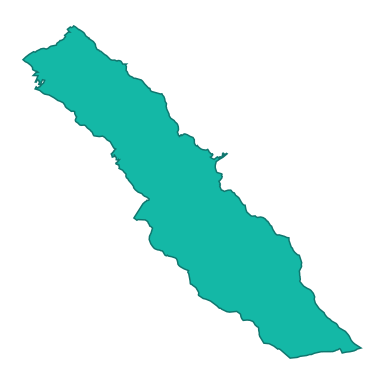 the district of Negomir, Gorj, Romania
{"feature_id": "2599482B59466565061735", "entity_name": "Negomir", "entity_type": "district", "adm_level": 2, "iso_a3": "ROU", "parent_name": "Romania", "parent_adm1": "Gorj", "projection": "albers", "projection_center": [23.194, 44.802], "detail": "fine", "context": "isolated", "style": "filled", "palette": "teal", "viewbox_px": 384, "rotation_deg": 0, "n_neighbors": 0, "source": "geoboundaries", "source_scale": "gbopen_adm2", "svg_char_len": 5892}
<svg xmlns="http://www.w3.org/2000/svg" viewBox="0 0 384 384"><path d="M361.0,348.0L354.6,343.9L352.7,342.2L351.1,340.2L349.3,336.3L348.2,334.7L345.4,331.4L339.5,328.0L338.5,327.1L337.5,325.1L336.3,323.6L331.8,321.1L329.9,319.2L327.8,317.9L326.6,316.8L324.8,314.4L324.1,312.7L319.3,308.8L315.3,303.1L314.2,299.1L314.7,296.9L313.3,293.3L311.0,290.5L309.7,289.5L307.1,288.3L303.6,286.1L299.8,281.4L299.7,281.0L300.2,280.0L300.3,279.1L300.0,277.8L300.1,276.9L299.7,275.7L299.6,273.0L299.3,271.1L301.4,266.9L301.6,266.2L301.3,264.7L301.7,262.7L299.3,255.3L297.4,254.7L294.8,252.4L293.2,250.3L292.4,248.2L291.2,247.0L289.0,240.5L288.9,237.8L286.8,237.5L284.5,236.4L279.3,234.9L277.2,235.0L276.2,234.4L275.1,233.2L272.8,229.4L271.6,226.2L270.4,225.4L267.9,221.5L267.3,221.4L266.7,220.4L266.1,220.1L265.2,218.9L263.1,217.6L260.6,217.0L257.4,217.5L256.0,216.8L255.2,215.9L252.1,216.2L250.8,215.7L246.8,212.0L245.9,209.5L245.1,205.2L243.9,205.1L242.8,204.2L241.5,202.5L239.0,198.0L237.5,196.6L235.7,195.4L234.3,192.9L233.0,192.5L231.9,191.6L231.2,190.4L230.4,190.1L228.0,190.2L224.2,191.4L222.5,190.3L221.4,190.1L219.7,186.3L220.2,185.8L219.7,184.7L220.3,184.1L218.9,181.2L219.7,180.7L221.7,178.2L222.2,176.5L221.5,175.8L222.0,174.2L221.3,173.7L217.3,172.6L216.6,172.0L215.5,168.7L215.2,167.3L215.3,165.2L216.2,161.6L219.6,159.2L222.9,157.3L227.1,153.8L226.5,153.4L224.8,154.7L224.3,154.5L224.0,153.7L223.1,153.1L222.5,154.0L223.3,154.7L223.3,155.4L222.6,155.2L222.3,155.5L222.2,156.0L222.5,156.6L221.8,157.2L220.3,156.8L219.5,157.0L219.4,158.0L219.0,158.2L217.8,157.1L217.6,157.3L217.2,157.0L214.1,159.4L211.4,158.0L210.4,157.1L211.5,156.5L212.1,155.8L212.8,154.8L212.7,154.4L212.3,153.8L211.4,154.0L210.9,153.7L208.8,151.5L208.7,150.8L207.7,149.4L206.5,150.0L205.7,150.1L202.5,149.6L200.9,148.9L199.0,147.5L197.5,145.8L197.4,146.2L197.2,146.2L195.6,145.4L194.4,143.2L194.3,139.7L193.0,137.5L190.1,136.4L187.2,134.7L184.8,133.9L183.6,134.2L181.9,135.6L181.3,134.8L181.0,134.8L180.0,136.0L179.4,136.4L179.2,135.6L178.4,135.2L178.0,133.5L177.3,132.0L178.1,130.8L178.5,129.5L178.3,126.8L177.7,124.9L177.0,123.6L175.2,122.0L174.1,120.5L170.7,118.2L169.2,115.8L169.0,114.0L166.6,108.8L166.5,107.6L166.1,106.7L166.5,103.6L165.1,101.4L164.7,98.8L163.8,96.5L162.6,95.2L161.9,93.8L160.6,94.0L151.7,91.5L150.5,90.6L149.9,88.5L149.6,88.2L148.8,88.3L148.3,87.8L144.6,83.9L142.6,81.2L141.3,80.0L135.5,78.3L133.6,78.2L132.6,77.2L129.7,75.9L128.1,74.1L127.3,71.9L126.1,70.5L126.4,66.5L125.5,64.9L126.4,64.1L122.8,64.1L121.1,61.4L119.8,60.7L118.1,60.5L117.4,60.9L116.5,60.9L114.8,60.1L112.2,60.2L110.5,59.6L106.5,55.6L104.7,54.6L100.7,51.2L99.5,51.0L98.9,50.1L97.1,49.5L95.7,46.7L95.3,44.2L93.4,41.6L89.8,39.2L89.0,38.1L88.7,38.5L88.0,37.6L85.7,35.8L84.3,33.2L82.7,31.8L79.3,29.6L79.0,29.8L75.6,27.0L73.7,25.9L72.7,27.1L71.7,27.5L71.0,27.5L70.3,27.0L67.4,29.3L68.8,31.2L69.8,32.1L68.4,32.1L66.3,33.9L66.3,34.1L64.6,35.3L65.5,36.7L64.9,37.5L64.1,38.2L63.9,39.0L61.1,40.5L60.1,40.5L59.1,41.7L57.1,43.1L56.6,44.0L56.4,45.1L50.9,46.2L49.3,47.2L48.4,48.2L46.2,49.1L44.0,48.4L42.9,48.5L40.5,49.0L40.1,49.4L36.7,51.0L35.3,52.2L33.6,51.7L29.3,54.3L25.8,57.0L23.0,59.7L25.3,61.7L27.5,62.7L30.8,65.3L32.5,67.5L32.6,69.3L32.9,69.8L35.5,71.1L36.8,71.3L38.0,72.2L36.1,72.5L33.2,75.5L38.0,75.7L36.8,78.8L35.3,82.0L36.2,82.1L37.4,79.8L38.7,80.3L38.8,81.1L39.7,81.6L38.7,84.4L40.2,84.9L42.5,79.7L44.7,80.3L43.5,83.2L42.0,84.2L39.8,86.8L38.8,87.0L38.5,87.6L37.6,88.0L36.2,86.8L35.1,88.9L39.7,90.4L43.3,93.4L44.7,94.1L49.1,95.0L54.1,97.8L57.9,100.5L59.8,101.1L63.1,102.7L64.8,105.1L65.4,106.7L66.8,108.1L70.4,110.6L70.9,111.1L71.7,111.4L72.9,111.1L74.6,111.6L74.8,113.8L76.2,116.6L76.6,116.9L75.3,120.0L75.7,121.5L78.0,123.1L79.7,124.9L81.1,125.3L84.3,125.1L85.5,125.7L87.3,127.9L90.3,130.2L91.1,131.3L92.2,132.2L93.3,134.9L94.0,135.8L99.3,136.6L102.6,136.1L104.9,137.5L107.1,139.9L110.2,141.7L113.8,148.0L115.7,149.0L114.2,150.4L114.2,150.9L113.7,151.1L112.9,152.5L112.5,152.6L112.1,153.3L111.2,154.0L111.7,154.9L112.3,157.1L114.3,156.5L114.5,155.9L114.2,155.1L114.4,155.0L115.5,156.8L116.4,157.6L116.2,159.7L117.5,159.9L118.0,160.3L118.4,160.2L118.5,159.8L118.7,160.2L119.0,160.1L117.4,162.1L116.2,162.7L116.2,163.2L115.9,163.7L116.4,164.2L117.5,164.2L117.8,164.7L118.2,164.5L118.8,164.8L119.0,166.1L119.4,167.2L119.0,168.4L122.8,170.3L123.6,171.6L126.1,174.2L125.9,176.2L126.5,177.8L127.8,178.7L128.6,180.3L131.9,184.1L133.5,186.4L133.7,187.8L135.3,189.8L138.1,192.1L141.9,193.6L143.0,195.0L144.5,196.2L146.8,197.1L149.2,199.0L148.9,200.1L148.2,200.4L146.9,200.3L146.4,201.2L145.4,201.6L143.0,203.7L133.9,218.0L136.9,220.2L137.9,219.6L138.7,219.6L145.3,219.9L147.2,221.2L148.1,222.2L148.1,222.8L149.3,224.6L149.7,226.0L151.1,226.7L152.5,228.1L151.1,232.9L149.5,236.2L149.2,239.5L150.8,243.8L152.7,246.6L154.3,248.4L155.2,248.9L157.5,249.8L159.7,250.1L160.9,250.7L162.3,250.9L163.0,251.7L164.8,254.9L165.5,255.5L166.8,255.8L167.4,255.2L168.6,256.1L171.7,256.7L175.3,257.9L176.3,258.6L177.0,259.8L177.6,261.8L178.0,264.3L179.0,265.6L180.3,266.7L184.0,268.8L188.5,270.6L187.8,272.1L188.8,273.9L190.1,280.9L190.3,283.5L190.5,284.0L191.8,284.4L192.3,285.0L195.9,287.6L198.5,292.0L198.8,293.1L198.4,294.8L198.6,295.4L203.2,298.5L205.8,299.1L210.5,301.0L217.0,305.9L219.2,308.1L220.9,308.4L221.7,309.2L226.9,311.7L229.7,312.1L236.7,311.4L240.0,313.7L240.6,314.7L241.0,316.8L241.8,318.7L243.2,320.4L247.1,320.0L250.0,320.3L252.8,321.4L253.6,322.2L255.1,324.9L257.0,326.6L258.0,327.1L258.6,327.9L258.7,330.1L259.3,333.0L259.2,334.4L259.7,336.3L263.9,343.2L269.2,343.7L273.9,346.1L277.8,349.1L278.6,348.7L280.1,349.4L290.1,358.1L297.3,357.4L300.2,356.3L306.6,355.5L309.6,354.5L311.4,354.5L314.5,353.2L321.2,351.7L332.7,351.6L335.2,350.8L336.1,350.2L337.8,349.8L339.6,348.6L340.2,349.0L341.1,350.5L342.2,353.0L346.2,352.1L350.0,351.7L354.1,350.8L356.5,349.7L357.0,349.1L361.0,348.0Z" fill="#14b8a6" stroke="#0f766e" stroke-width="1.5"/></svg>